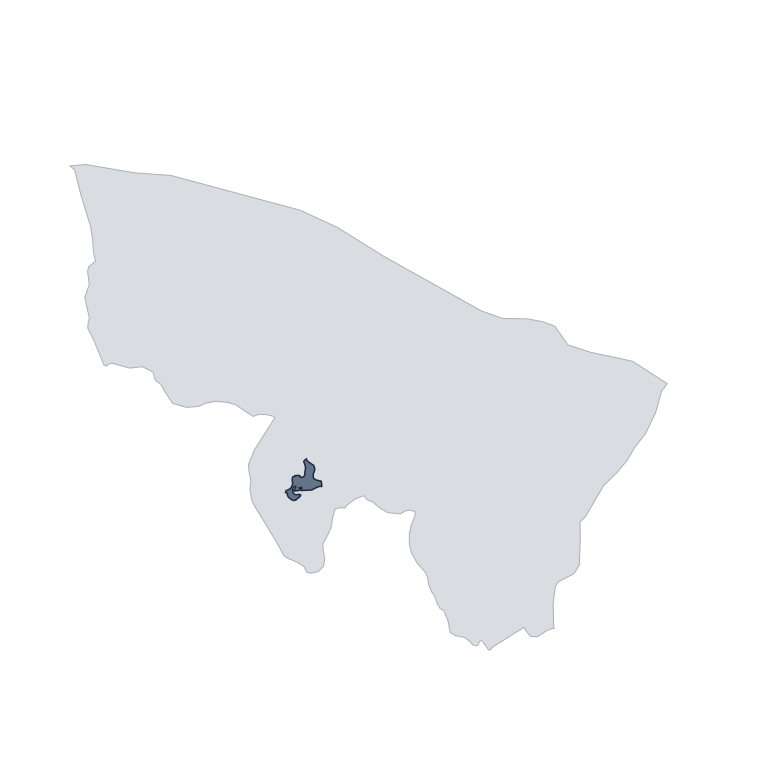 Zoe-Gbao, Nimba, Liberia shown in context, rotated 167°
{"feature_id": "62588387B27641742881305", "entity_name": "Zoe-Gbao", "entity_type": "district", "adm_level": 2, "iso_a3": "LBR", "parent_name": "Liberia", "parent_adm1": "Nimba", "projection": "albers", "projection_center": [-8.687, 6.996], "detail": "fine", "context": "in_parent", "style": "filled", "palette": "slate", "viewbox_px": 768, "rotation_deg": 167, "n_neighbors": 0, "source": "geoboundaries", "source_scale": "gbopen_adm2", "svg_char_len": 3665}
<svg xmlns="http://www.w3.org/2000/svg" viewBox="0 0 768 768"><g transform="rotate(167 384 384)"><path d="M107.9,320.6L115.1,314.6L125.7,295.2L140.4,276.7L154.1,265.7L165.0,254.3L176.4,245.7L192.9,235.6L218.0,208.9L223.9,205.8L228.0,187.3L234.4,163.7L241.6,156.4L258.7,152.1L262.7,148.0L268.8,131.4L272.7,112.0L273.1,107.8L279.8,107.4L291.3,103.2L297.9,105.1L300.8,110.7L302.3,115.4L337.1,103.4L340.2,100.9L342.0,101.4L346.4,112.3L348.9,111.6L351.0,108.5L353.3,108.2L356.0,109.6L358.7,114.7L363.1,119.3L370.7,122.5L375.4,126.9L374.9,138.5L376.7,149.9L379.9,152.5L381.7,159.3L382.5,166.7L384.3,170.6L385.6,178.1L385.0,186.1L386.3,191.8L391.8,201.5L395.3,213.8L395.3,222.5L393.2,231.7L389.5,240.0L383.1,249.1L382.5,252.7L386.4,255.1L392.2,255.6L397.1,253.7L409.4,257.9L415.8,264.0L421.5,271.4L426.6,275.2L428.9,279.8L437.7,278.6L447.9,274.1L449.9,271.9L453.0,273.1L459.5,273.5L464.1,265.4L467.8,256.1L475.7,245.9L479.6,242.0L480.6,235.6L481.0,227.2L483.9,220.0L490.4,216.0L497.4,216.0L501.2,217.5L503.2,224.5L508.8,229.9L513.6,233.5L516.2,235.1L520.2,239.2L524.0,253.4L539.1,299.0L538.4,311.6L535.4,319.9L535.3,328.0L534.3,335.9L525.1,349.0L497.9,375.7L500.0,378.0L506.5,381.0L513.1,382.6L518.6,381.8L525.4,388.5L532.7,396.8L540.5,401.2L551.7,405.0L561.5,405.4L569.8,403.9L581.6,405.6L594.1,412.5L598.6,423.9L601.6,433.9L605.9,439.0L606.5,447.6L615.5,455.2L628.1,456.7L644.6,465.5L648.8,465.0L650.6,463.9L652.6,465.6L656.8,491.3L660.1,504.9L658.4,510.4L656.2,514.7L656.1,535.5L648.7,547.4L647.5,560.5L645.4,564.7L637.5,568.5L637.4,578.5L635.3,590.7L634.5,603.5L636.8,637.2L637.3,662.3L640.9,667.1L625.4,665.0L579.7,645.9L544.5,635.0L426.7,572.2L394.0,546.9L356.4,509.3L272.9,433.5L253.9,421.3L229.8,415.3L215.0,408.8L204.5,401.8L196.1,380.8L175.2,368.2L136.8,350.3L107.9,320.6Z" fill="#d9dde1" stroke="#a8b0b8" stroke-width="1"/><path d="M491.1,314.7L491.0,314.3L491.8,314.3L492.5,314.2L494.0,313.9L494.6,312.3L495.1,311.2L495.3,308.6L495.4,307.1L496.6,305.6L498.4,303.4L501.3,302.4L501.7,302.4L502.6,302.3L503.4,302.1L504.1,301.1L504.4,300.3L503.9,300.1L502.8,299.5L502.7,298.6L503.2,297.5L503.0,297.2L502.9,295.9L502.5,295.3L502.3,294.9L502.0,294.3L501.7,294.0L500.2,292.2L500.0,291.9L499.7,291.8L498.1,290.7L496.1,290.8L495.9,290.8L495.9,291.1L495.7,291.1L493.1,292.2L492.5,292.4L491.6,293.1L490.7,293.6L490.1,294.6L491.6,295.7L492.3,295.7L492.6,295.7L493.5,295.7L494.0,295.8L495.6,296.3L496.4,297.5L496.9,298.3L497.0,299.5L497.0,301.3L496.3,303.0L495.8,303.4L495.2,303.9L494.4,304.1L493.2,304.1L493.1,303.5L493.9,302.5L494.3,301.9L495.4,301.0L495.6,300.2L495.1,299.8L492.0,299.5L490.7,299.4L489.8,299.6L489.3,300.3L489.2,300.4L489.2,300.9L490.0,301.7L489.6,301.8L489.3,301.9L487.5,301.9L487.4,301.0L488.4,300.1L489.0,299.4L488.6,299.0L488.2,298.6L486.8,298.5L485.6,298.4L485.4,298.3L484.1,297.9L483.2,297.7L481.3,297.7L480.3,297.4L479.4,297.2L479.1,297.1L478.5,296.9L476.3,297.5L473.8,298.1L473.5,298.2L472.4,298.4L470.1,298.7L469.1,298.6L467.8,298.1L467.6,298.3L467.3,300.2L467.1,303.0L467.0,303.4L469.5,304.6L471.3,305.6L472.0,305.9L472.9,306.8L473.0,306.8L473.8,308.1L473.8,308.4L473.8,309.8L473.4,311.1L473.1,312.2L472.5,313.1L470.7,316.0L470.7,316.8L470.6,317.9L470.5,318.4L470.5,318.6L470.6,318.9L470.9,320.7L471.4,321.1L472.9,322.7L473.8,323.7L474.7,324.7L475.4,325.4L476.5,327.2L476.4,328.5L478.7,327.5L479.3,326.9L479.7,326.5L479.5,325.3L479.3,323.5L479.1,321.5L479.2,321.3L479.6,319.0L479.7,318.8L479.9,318.2L480.8,316.4L481.4,314.4L482.0,312.8L482.0,312.7L482.1,312.4L482.9,311.9L484.8,311.6L485.4,311.5L486.5,312.1L486.3,313.1L486.9,313.6L487.3,314.0L488.6,314.3L489.1,314.4L491.1,314.7Z" fill="#64748b" stroke="#1e293b" stroke-width="1.5"/></g></svg>